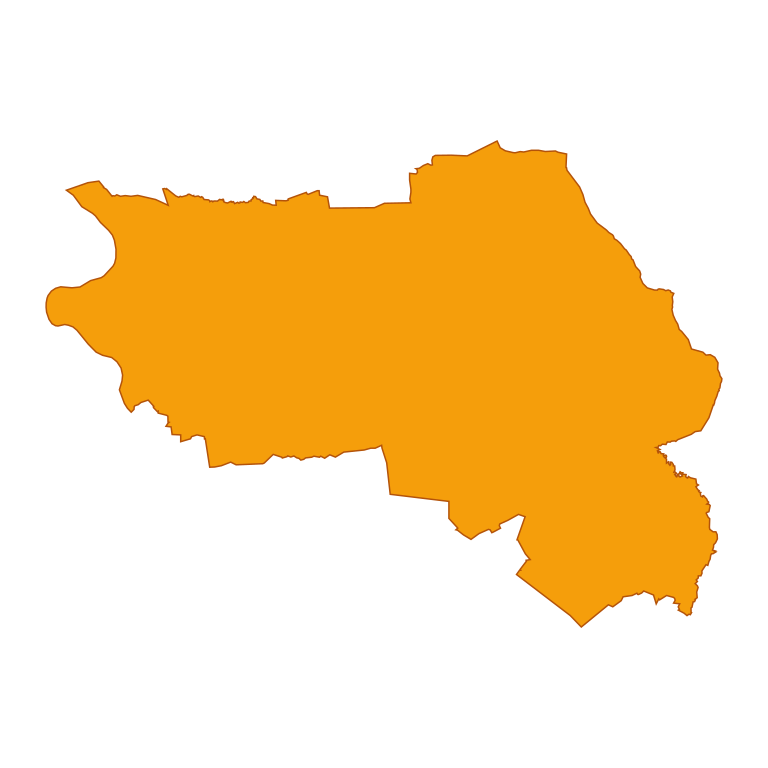 Lochem, Gelderland, Netherlands
{"feature_id": "6326949B7349538907764", "entity_name": "Lochem", "entity_type": "district", "adm_level": 2, "iso_a3": "NLD", "parent_name": "Netherlands", "parent_adm1": "Gelderland", "projection": "mercator", "projection_center": [6.355, 52.172], "detail": "fine", "context": "isolated", "style": "filled", "palette": "amber", "viewbox_px": 768, "rotation_deg": 0, "n_neighbors": 0, "source": "geoboundaries", "source_scale": "gbopen_adm2", "svg_char_len": 6103}
<svg xmlns="http://www.w3.org/2000/svg" viewBox="0 0 768 768"><path d="M66.4,190.2L73.3,195.2L81.8,206.7L92.5,213.3L95.5,215.9L100.5,222.5L108.6,230.3L112.4,235.1L114.4,240.2L116.0,249.2L115.9,258.0L114.6,263.3L113.0,266.2L104.1,275.8L101.2,277.7L90.6,280.6L80.0,287.0L72.0,287.8L60.7,286.8L55.6,288.3L51.4,291.1L48.1,295.5L47.1,298.1L46.2,302.9L46.1,307.3L46.6,312.2L49.0,319.3L52.0,323.7L55.5,325.7L58.0,326.0L64.7,324.5L68.4,325.2L73.0,326.9L77.0,330.3L88.4,344.3L96.1,352.1L102.6,355.3L111.7,357.5L117.0,361.8L121.1,368.1L122.6,375.1L122.0,381.1L119.4,389.8L124.4,403.4L127.5,408.3L131.2,412.2L134.0,409.4L134.2,406.7L134.9,405.7L138.2,404.7L140.9,402.5L148.2,400.1L153.8,406.3L153.3,406.8L153.6,407.7L157.4,411.7L158.2,411.2L158.2,413.1L166.7,415.3L167.9,416.2L168.0,422.0L169.1,422.3L167.9,423.3L166.0,426.3L171.1,426.9L172.1,434.5L180.7,434.9L180.7,441.7L190.5,438.8L191.6,436.6L197.0,434.9L204.3,436.6L204.5,438.9L205.3,438.7L209.7,467.2L214.7,467.0L221.4,465.7L230.7,462.1L236.1,464.8L262.8,463.7L264.3,463.0L273.2,454.4L281.8,457.2L282.3,458.0L286.9,456.7L287.7,455.9L290.8,457.0L293.9,456.0L296.7,457.8L299.0,458.4L300.8,460.1L303.8,459.3L305.6,457.9L311.7,457.2L313.9,456.2L319.5,457.2L320.7,456.2L324.7,458.2L329.8,454.8L335.4,457.1L343.8,452.1L364.2,450.0L370.7,448.2L375.2,448.2L381.6,445.3L382.0,448.1L386.7,462.8L390.2,494.3L448.9,501.4L448.9,518.4L457.8,528.1L455.9,529.8L457.5,530.2L463.5,534.9L471.0,539.4L479.0,533.6L488.4,529.4L490.1,529.8L491.8,532.7L493.2,532.1L500.5,528.2L499.3,525.7L499.7,524.0L507.7,520.4L518.5,514.4L525.1,516.7L517.0,539.8L517.8,539.9L525.4,553.9L530.2,559.6L526.1,560.3L526.4,561.2L520.2,569.3L520.7,570.2L519.5,570.3L516.5,574.5L570.2,615.5L581.3,627.0L608.4,604.8L612.8,606.8L621.2,600.7L623.1,596.8L632.1,595.5L636.9,593.2L637.7,594.4L638.5,594.5L641.7,593.0L643.7,591.0L653.5,595.0L656.2,603.9L658.8,598.9L659.6,599.9L666.6,595.5L673.6,597.4L674.6,598.4L675.2,600.2L673.6,603.1L679.7,603.8L678.2,606.9L679.4,609.3L678.3,610.1L684.1,613.2L687.0,615.6L689.0,614.2L690.3,614.7L691.5,612.7L691.1,612.6L691.0,608.0L692.0,607.2L693.1,601.9L694.6,601.6L695.5,599.4L695.1,599.2L697.2,597.7L696.7,592.0L698.1,587.5L697.4,585.8L695.2,583.6L697.4,581.5L696.2,579.9L698.2,578.0L698.3,575.9L700.9,575.8L702.0,573.3L701.9,570.9L706.0,564.7L707.8,565.4L708.9,561.5L710.1,559.2L710.7,555.3L711.5,553.8L713.0,553.7L715.9,551.9L714.8,551.5L715.4,551.0L712.5,550.1L713.5,547.3L713.7,544.7L715.6,542.7L717.4,538.9L717.2,534.7L715.9,531.8L713.1,531.8L709.8,529.4L709.4,527.4L709.7,518.7L708.2,517.3L706.2,513.3L706.5,512.6L708.9,511.7L710.2,505.6L709.3,504.5L706.9,504.1L708.5,502.8L708.6,502.1L707.4,500.9L706.8,499.2L703.6,495.6L702.9,495.7L702.4,496.9L700.8,496.0L700.3,493.5L700.8,492.5L699.3,492.1L698.7,491.3L699.2,490.7L697.7,489.6L695.9,486.7L698.4,485.0L696.5,483.8L695.9,479.1L690.5,477.8L688.4,476.5L687.9,477.8L687.3,478.0L685.6,476.6L686.1,474.6L682.6,474.2L682.9,472.8L681.1,472.6L680.1,471.8L679.4,473.2L681.5,474.4L682.5,476.0L680.0,477.0L678.9,476.2L678.8,474.1L677.9,474.0L677.5,474.3L676.9,476.7L676.4,476.8L674.7,474.3L676.2,473.7L676.3,473.1L675.0,471.9L674.0,472.1L675.0,469.9L674.7,466.0L673.3,465.9L673.4,464.6L671.8,462.3L670.2,462.1L670.6,464.6L669.9,465.3L668.8,463.9L668.3,461.9L666.5,463.1L666.5,459.1L664.8,457.6L666.3,457.3L666.6,456.6L666.3,455.4L665.5,455.1L663.6,456.2L663.3,455.8L663.8,453.9L661.1,453.6L660.2,451.8L658.7,451.7L658.5,452.9L658.1,452.9L657.4,450.7L660.0,449.5L656.0,447.5L658.2,447.2L658.7,445.6L660.6,445.7L662.3,444.2L666.0,444.5L667.3,442.0L670.2,442.1L671.5,441.2L674.7,440.9L675.8,441.4L677.7,439.7L691.3,434.3L695.2,431.6L700.8,430.8L708.9,417.8L713.3,404.9L713.7,405.1L714.5,403.0L714.8,400.8L716.8,396.2L718.2,391.5L719.2,390.7L718.8,389.4L719.9,387.9L720.5,383.4L721.5,381.5L721.9,378.7L720.0,375.8L719.5,373.2L717.6,369.2L718.0,362.8L714.8,357.3L710.3,354.7L706.0,355.1L702.9,352.2L691.5,349.0L688.3,339.6L681.7,331.5L679.2,329.4L677.7,324.1L675.5,320.5L673.2,315.2L671.9,309.3L672.6,307.1L672.3,305.6L672.8,301.8L672.2,297.0L673.8,293.4L670.9,292.2L670.4,290.9L668.2,290.0L665.7,290.7L663.5,289.5L659.4,288.9L658.2,289.1L657.4,290.1L654.7,290.1L647.3,287.9L642.9,283.5L640.1,277.3L640.7,274.1L639.7,271.0L635.6,266.5L633.0,259.8L631.7,259.0L631.1,256.5L629.3,254.6L626.2,250.0L624.6,248.9L620.6,243.7L616.9,240.3L614.3,238.8L613.4,236.0L612.5,234.8L608.8,232.5L606.5,230.1L597.2,223.1L590.5,214.0L588.3,208.4L585.0,202.2L582.9,194.5L579.6,187.0L567.0,170.3L566.5,167.6L566.0,167.5L566.0,166.9L566.6,154.0L557.9,152.2L555.5,151.0L545.3,151.5L538.6,150.3L531.4,150.3L523.8,152.0L520.2,151.6L515.1,152.8L513.1,152.6L505.3,150.8L500.2,147.8L497.1,141.0L467.2,155.9L451.2,155.2L435.3,155.4L432.8,156.9L431.9,160.2L432.4,164.9L430.9,165.2L427.8,163.7L423.4,165.5L419.3,168.3L415.9,168.7L417.1,169.5L417.5,172.4L416.1,174.0L409.6,173.3L409.6,180.0L410.9,189.1L410.9,192.3L409.9,199.0L410.9,202.8L384.4,203.3L374.4,207.7L329.5,208.1L327.5,196.8L319.6,195.2L319.1,190.7L317.2,190.7L308.1,194.4L307.2,194.0L306.3,192.4L288.8,198.7L288.0,199.2L288.1,200.3L285.9,200.8L275.7,200.4L276.2,205.2L272.5,205.1L269.1,203.6L263.1,202.5L262.8,201.0L260.9,201.1L259.8,199.4L257.0,198.9L255.5,196.6L253.8,196.3L253.5,197.4L252.8,197.6L253.0,198.5L251.2,199.6L251.1,200.9L249.1,201.1L248.3,202.4L245.4,202.7L243.8,201.5L242.6,202.4L240.2,202.0L240.1,202.7L238.9,203.2L237.7,202.3L234.6,203.6L233.5,201.7L232.1,202.3L230.9,201.8L231.3,201.4L231.0,201.3L227.5,203.0L225.1,202.5L223.7,201.7L223.9,201.0L223.1,200.4L223.5,199.7L223.1,199.2L221.2,199.8L219.6,199.4L217.5,201.1L213.9,201.0L212.8,201.8L211.9,200.9L209.8,201.6L209.8,200.8L208.6,199.9L204.1,199.5L202.7,197.3L201.6,196.7L200.8,197.4L198.2,196.0L194.7,196.6L193.8,196.2L193.7,195.5L192.6,195.9L189.6,194.3L188.1,194.3L186.6,195.5L181.8,196.8L180.2,196.3L178.8,197.3L175.7,195.9L166.7,188.7L166.4,189.4L164.7,188.5L162.8,188.9L168.2,205.3L155.6,199.5L137.7,195.4L131.0,196.3L125.2,195.6L120.5,196.3L116.8,194.8L114.8,196.0L112.8,195.7L112.1,196.3L106.6,189.4L103.5,187.6L103.8,187.1L98.9,181.1L87.9,182.7L66.4,190.2Z" fill="#f59e0b" stroke="#b45309" stroke-width="1.5"/></svg>